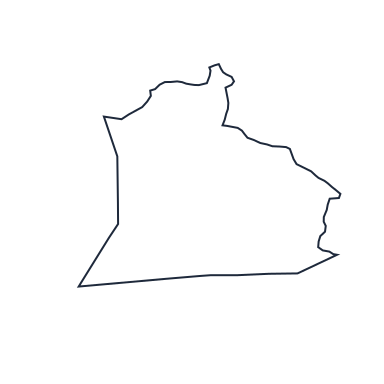 Caiçara do Rio do Vento, Rio Grande do Norte, Brazil (Natural Earth projection), rotated 250°
{"feature_id": "56859067B37257607261932", "entity_name": "Caiçara do Rio do Vento", "entity_type": "district", "adm_level": 2, "iso_a3": "BRA", "parent_name": "Brazil", "parent_adm1": "Rio Grande do Norte", "projection": "natural_earth1", "projection_center": [-36.002, -5.757], "detail": "fine", "context": "isolated", "style": "outline", "palette": "slate", "viewbox_px": 384, "rotation_deg": 250, "n_neighbors": 0, "source": "geoboundaries", "source_scale": "gbopen_adm2", "svg_char_len": 1199}
<svg xmlns="http://www.w3.org/2000/svg" viewBox="0 0 384 384"><g transform="rotate(250 192 192)"><path d="M293.0,135.0L251.0,134.0L206.9,118.6L187.2,111.6L177.4,98.3L144.7,56.7L141.9,53.2L119.2,138.3L110.5,170.3L107.4,181.2L98.3,206.2L88.8,236.4L79.4,263.3L83.4,306.8L85.3,303.5L89.0,300.7L92.4,294.9L97.0,291.7L102.2,294.1L106.7,297.5L109.2,303.4L114.4,306.1L119.0,305.6L123.4,307.3L129.1,312.5L133.7,315.2L138.6,319.1L136.1,328.0L139.5,330.8L145.0,327.6L148.7,325.3L153.7,322.6L157.2,320.3L162.0,315.7L165.4,313.7L170.7,311.0L182.4,299.8L188.1,298.7L199.0,298.7L202.0,295.8L204.7,290.0L207.5,283.2L211.0,278.8L214.7,272.9L219.8,267.8L224.0,262.7L228.3,261.2L232.6,259.9L236.6,256.9L242.1,247.6L244.2,243.5L248.8,247.5L253.8,250.9L257.7,254.1L263.2,256.6L267.8,257.5L278.6,259.2L279.2,265.9L281.6,269.3L286.6,268.6L290.8,264.4L293.9,262.2L297.7,261.4L303.0,260.9L303.3,256.6L303.1,250.9L299.7,250.9L295.2,248.4L289.2,243.2L290.1,235.0L291.8,230.8L293.8,227.1L295.8,223.6L298.6,220.3L301.0,215.9L302.6,209.8L304.6,204.1L303.9,198.3L301.3,192.5L301.6,187.4L296.4,186.2L292.3,180.8L288.8,174.2L288.0,168.9L286.5,159.2L284.5,150.7L293.0,135.0Z" fill="none" stroke="#1e293b" stroke-width="2"/></g></svg>